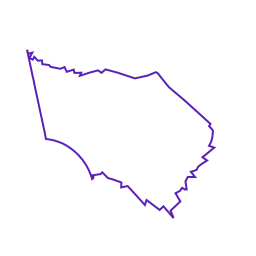 Chester, Pennsylvania, United States of America, rotated 78°
{"feature_id": "52423323B16152301148770", "entity_name": "Chester", "entity_type": "district", "adm_level": 2, "iso_a3": "USA", "parent_name": "United States of America", "parent_adm1": "Pennsylvania", "projection": "natural_earth1", "projection_center": [-75.735, 39.984], "detail": "fine", "context": "isolated", "style": "outline", "palette": "violet", "viewbox_px": 256, "rotation_deg": 78, "n_neighbors": 0, "source": "geoboundaries", "source_scale": "gbopen_adm2", "svg_char_len": 1365}
<svg xmlns="http://www.w3.org/2000/svg" viewBox="0 0 256 256"><g transform="rotate(78 128 128)"><path d="M166.8,174.1L167.4,164.4L166.0,162.4L172.7,158.1L175.0,153.8L179.9,145.8L184.7,147.0L184.7,140.4L190.1,137.2L206.8,127.5L202.3,124.8L214.7,114.1L212.0,109.6L222.6,103.8L225.6,102.1L217.7,103.5L210.7,92.1L201.7,95.1L200.3,90.3L197.8,87.5L200.0,85.1L200.3,83.4L192.2,82.9L188.3,79.7L189.9,72.6L183.9,75.6L183.3,69.7L180.6,67.6L178.7,64.0L176.2,57.4L172.1,61.2L165.1,47.7L162.3,52.4L158.4,49.3L154.0,47.2L148.5,45.5L146.3,46.3L143.1,48.3L141.1,46.5L113.1,66.7L96.6,79.5L80.3,87.7L79.2,89.2L80.8,98.0L80.9,111.0L77.0,117.6L71.7,126.7L66.0,137.8L68.5,142.4L65.4,145.3L65.9,154.7L66.9,164.2L64.2,162.3L63.0,168.9L59.6,169.0L60.3,176.2L55.2,177.4L56.0,181.9L52.1,191.0L49.9,192.2L47.8,198.5L44.0,198.1L43.4,202.2L38.9,204.9L41.3,206.9L39.0,209.8L34.4,206.0L34.6,210.1L30.4,210.5L33.3,210.5L57.6,210.5L61.3,210.4L64.9,210.5L112.0,210.4L112.5,210.4L115.1,210.4L117.9,210.5L121.7,210.5L123.6,205.4L125.0,202.4L125.3,202.0L126.9,199.2L129.0,195.9L131.0,193.4L133.4,190.8L134.2,190.0L135.4,188.9L136.0,188.3L137.7,186.8L140.0,185.0L143.8,182.3L148.6,179.7L149.6,179.1L155.0,176.9L156.7,176.3L161.1,175.1L166.6,174.1L166.8,174.1ZM170.5,173.7L170.0,172.8L169.6,172.4L168.7,171.9L168.2,172.3L167.2,174.0L170.5,173.7Z" fill="none" stroke="#5b21b6" stroke-width="2"/></g></svg>